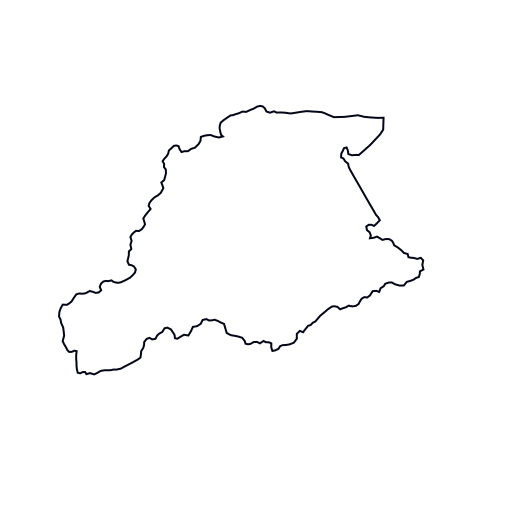 Petrópolis, Rio de Janeiro, Brazil (Natural Earth projection), rotated 203°
{"feature_id": "56859067B4372089958802", "entity_name": "Petrópolis", "entity_type": "district", "adm_level": 2, "iso_a3": "BRA", "parent_name": "Brazil", "parent_adm1": "Rio de Janeiro", "projection": "natural_earth1", "projection_center": [-43.152, -22.388], "detail": "fine", "context": "isolated", "style": "outline", "palette": "ink", "viewbox_px": 512, "rotation_deg": 203, "n_neighbors": 0, "source": "geoboundaries", "source_scale": "gbopen_adm2", "svg_char_len": 4226}
<svg xmlns="http://www.w3.org/2000/svg" viewBox="0 0 512 512"><g transform="rotate(203 256 256)"><path d="M252.9,173.7L250.1,173.4L247.7,173.4L244.5,174.2L240.5,175.0L236.7,175.3L233.1,173.3L231.4,171.2L228.9,171.6L226.7,173.0L224.5,175.9L221.5,177.3L218.3,177.1L215.8,180.8L213.3,180.5L210.3,181.6L207.8,181.6L206.2,177.8L203.8,175.0L201.6,176.5L199.1,179.2L198.5,182.5L196.6,184.4L193.6,185.8L190.4,187.9L187.3,191.0L186.1,195.8L188.0,200.2L186.4,204.2L182.9,204.2L181.9,208.1L180.8,212.1L178.7,213.8L177.7,216.7L175.8,218.9L174.7,222.4L173.5,226.2L172.2,228.7L170.8,231.4L169.0,235.1L166.3,239.2L164.1,240.4L161.1,241.0L157.7,239.8L155.4,242.1L153.2,243.9L151.3,246.5L147.5,247.3L144.6,249.1L142.8,252.0L142.6,255.0L142.0,258.1L140.2,260.5L137.5,261.2L135.7,264.2L134.9,269.2L131.6,270.9L128.6,271.1L128.7,275.1L126.6,278.1L126.2,280.9L123.5,283.4L120.7,284.7L116.9,284.3L112.2,284.9L108.4,286.6L107.1,291.1L104.2,293.4L101.7,295.8L100.1,298.4L97.9,300.3L98.2,303.4L99.1,305.9L96.6,309.0L99.4,312.8L100.4,317.3L103.6,318.7L106.5,316.3L110.0,315.9L112.8,314.9L115.2,314.5L117.2,317.1L121.0,316.6L124.6,318.1L128.9,319.3L132.9,319.8L134.8,321.7L136.8,323.1L139.9,323.6L143.0,322.4L146.0,320.2L148.7,320.7L152.2,321.1L155.0,318.6L158.0,316.9L158.3,319.8L160.8,322.3L164.0,323.2L166.0,326.2L164.4,328.8L161.8,329.9L159.1,329.8L157.6,333.0L156.0,337.3L158.8,339.5L161.5,340.7L175.9,351.5L180.5,355.0L187.2,360.1L195.6,366.4L200.4,370.1L203.3,372.3L205.5,374.3L207.3,377.0L210.9,378.0L213.6,379.9L216.2,380.0L217.5,383.6L217.2,386.5L217.1,389.7L215.0,391.3L212.6,388.9L210.8,385.9L206.9,386.3L203.7,388.0L200.8,389.1L194.8,401.7L193.6,404.6L189.3,416.4L188.3,422.0L192.6,433.1L197.9,430.7L204.7,428.3L210.7,426.4L217.1,425.4L228.8,418.7L236.2,415.3L238.6,414.2L245.8,414.2L248.6,414.3L251.6,414.1L255.0,413.0L257.9,412.0L260.0,411.2L263.0,410.2L266.1,409.1L271.2,406.1L279.1,401.1L281.5,400.2L284.5,399.5L288.0,398.3L290.4,397.3L293.0,396.1L296.0,396.2L299.1,393.4L302.8,393.1L305.8,395.5L308.4,396.3L310.8,395.8L313.5,393.8L315.5,391.0L318.3,388.2L321.4,384.8L324.8,383.7L327.5,380.8L330.5,378.3L332.3,376.6L334.4,375.4L336.5,372.2L339.0,368.2L340.6,365.0L340.3,361.9L339.4,359.3L337.5,356.5L335.5,353.9L333.2,353.1L336.4,350.6L341.3,349.7L344.8,349.7L347.6,348.4L350.3,346.7L353.3,344.1L352.1,340.3L352.6,336.5L354.5,331.9L357.6,329.2L359.6,325.9L362.8,324.5L365.2,322.6L368.1,324.5L370.1,326.8L372.6,326.6L374.7,325.2L376.2,321.6L377.4,319.1L376.8,315.7L377.3,312.7L378.4,309.7L379.0,306.8L376.5,304.8L375.4,301.8L372.8,300.4L371.2,297.0L370.6,293.2L370.2,289.9L371.9,286.7L367.8,282.4L368.3,276.9L370.1,273.3L372.3,270.4L373.9,266.8L374.8,263.3L374.4,260.2L371.4,258.1L372.8,253.6L373.8,250.1L374.4,246.5L372.5,244.3L370.5,241.7L370.9,238.7L371.6,236.0L373.5,233.2L376.3,232.3L377.6,230.0L378.7,227.2L379.0,224.4L376.4,221.3L376.0,217.3L373.5,213.7L374.8,210.6L373.3,206.8L372.3,200.9L369.5,198.3L366.9,198.9L364.3,198.7L361.4,196.7L360.9,193.6L361.8,190.6L363.5,186.8L365.9,183.7L368.0,181.3L369.9,179.2L372.3,177.5L374.7,176.8L377.1,176.5L379.5,177.1L382.2,175.1L384.5,174.4L386.6,172.8L387.9,169.9L387.8,166.6L385.1,163.9L386.6,160.9L389.2,159.4L391.9,159.3L395.4,158.8L398.2,155.2L401.1,153.4L404.1,152.4L406.4,150.5L407.3,146.4L408.0,142.2L409.4,139.4L411.0,137.2L414.9,135.7L415.4,131.5L415.1,127.6L413.7,123.4L411.0,121.0L409.3,118.3L405.6,114.9L403.6,111.5L401.5,107.8L400.7,102.1L398.0,99.7L395.8,98.1L392.7,95.6L390.5,94.7L388.1,95.8L386.2,97.9L383.9,98.3L382.8,94.5L381.4,91.2L379.7,88.0L378.5,85.2L376.8,82.0L374.5,78.9L372.0,79.3L370.1,81.5L367.9,82.4L365.9,81.0L363.1,83.3L358.7,83.8L356.7,86.0L354.1,89.5L350.9,91.6L347.3,93.1L345.0,94.2L342.8,95.8L340.1,96.9L336.4,99.5L334.1,102.5L331.9,105.1L328.3,109.5L324.5,114.3L322.7,117.2L323.3,119.9L324.5,123.6L323.9,127.2L324.2,130.2L325.3,133.1L324.3,136.9L322.1,139.0L318.9,138.7L316.2,140.5L315.9,144.3L314.6,147.0L312.6,149.4L311.9,153.8L309.6,155.4L305.6,155.2L302.4,153.1L300.2,151.6L298.5,148.7L296.1,149.1L294.0,152.1L291.5,155.4L287.2,156.4L286.5,161.2L286.4,166.1L282.8,168.4L280.4,172.0L280.1,176.3L277.0,178.5L274.1,178.3L271.5,179.5L269.2,181.2L265.6,181.3L262.2,181.0L258.9,181.0L252.9,173.7Z" fill="none" stroke="#020617" stroke-width="2"/></g></svg>